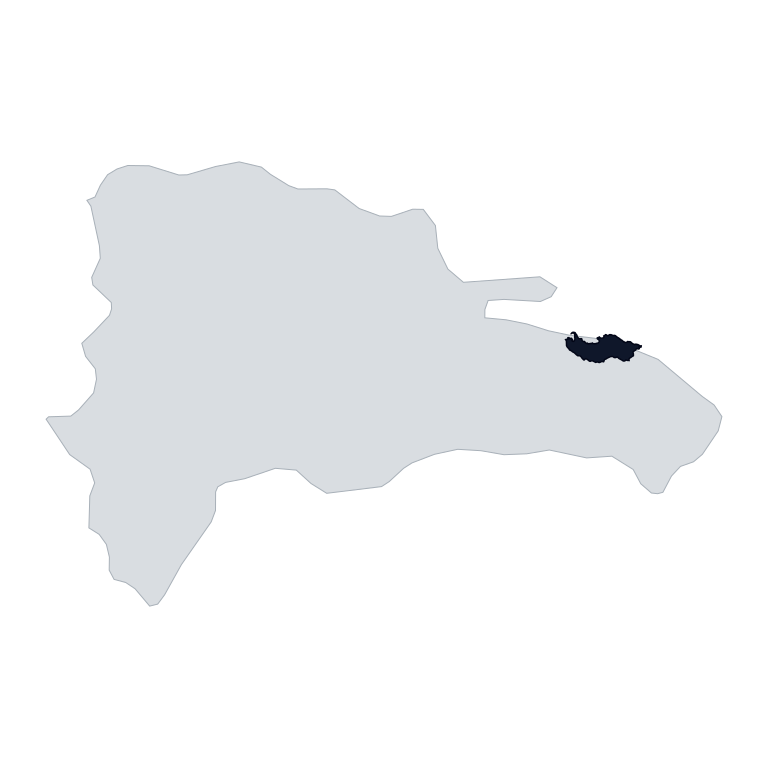 Miches, El Seybo, Dominican Republic shown in context
{"feature_id": "3306468B50398630049357", "entity_name": "Miches", "entity_type": "district", "adm_level": 2, "iso_a3": "DOM", "parent_name": "Dominican Republic", "parent_adm1": "El Seybo", "projection": "mercator", "projection_center": [-69.004, 18.966], "detail": "fine", "context": "in_parent", "style": "filled", "palette": "ink", "viewbox_px": 768, "rotation_deg": 0, "n_neighbors": 0, "source": "geoboundaries", "source_scale": "gbopen_adm2", "svg_char_len": 6771}
<svg xmlns="http://www.w3.org/2000/svg" viewBox="0 0 768 768"><path d="M88.9,527.9L89.8,495.9L94.7,482.9L90.1,469.2L69.7,454.6L57.2,435.8L46.1,419.2L48.6,416.8L70.8,416.1L78.6,409.9L93.6,392.9L96.5,379.2L95.3,368.8L85.6,356.4L81.8,343.3L93.8,331.9L109.5,315.3L111.6,308.9L111.3,302.5L92.9,285.0L91.7,277.4L100.3,258.3L99.4,245.7L90.9,206.2L86.9,200.3L95.0,197.0L100.4,185.2L107.6,174.7L117.0,169.0L127.8,165.5L149.2,165.8L178.8,175.0L187.2,174.8L215.6,166.5L239.2,161.9L261.4,167.1L270.4,174.3L288.7,185.6L297.9,189.0L326.9,188.8L334.8,189.9L359.1,208.5L379.6,216.0L391.4,216.4L412.7,209.2L423.3,209.4L435.4,225.5L437.8,248.3L447.9,269.1L463.4,282.3L539.9,276.8L557.0,287.7L551.2,296.7L540.4,301.5L504.0,299.4L488.1,300.5L484.9,309.5L484.8,317.8L506.1,319.8L527.0,324.0L548.2,330.7L569.8,335.3L594.2,338.2L618.1,343.1L658.1,359.4L702.3,396.5L714.1,405.0L721.9,416.6L718.2,430.9L702.4,454.3L693.5,461.8L680.5,466.4L671.5,476.0L662.9,492.3L657.6,493.7L651.4,493.0L640.8,483.8L633.2,469.5L611.9,456.2L586.6,457.9L549.3,450.0L526.7,453.8L504.0,454.7L480.9,450.7L457.7,449.3L434.5,454.3L412.0,462.9L403.6,468.3L389.2,481.6L381.5,486.6L326.7,493.3L311.0,483.5L296.3,470.1L275.3,468.3L244.7,478.7L225.6,482.4L217.8,486.8L215.6,491.9L215.5,510.5L211.2,521.9L181.4,564.6L164.6,594.8L157.7,604.1L149.7,606.1L135.1,588.8L125.7,582.5L114.1,579.4L109.2,570.2L109.4,557.1L106.4,544.4L99.2,534.4L88.9,527.9Z" fill="#d9dde1" stroke="#a8b0b8" stroke-width="1"/><path d="M641.2,346.0L640.9,346.1L640.4,345.9L640.2,345.8L639.9,345.7L639.6,345.6L639.4,345.4L639.0,345.2L638.8,345.2L638.6,345.1L638.4,344.9L638.1,344.9L638.0,344.6L637.6,344.5L637.1,344.5L636.8,344.3L636.6,344.3L636.4,344.5L636.1,344.5L635.9,344.2L635.4,344.2L635.0,344.4L634.7,344.4L634.4,344.6L634.3,344.4L634.0,344.4L633.9,344.2L633.6,344.2L633.3,344.0L633.2,344.0L632.9,343.8L632.8,343.7L632.4,343.5L632.2,343.3L631.8,343.2L631.4,342.8L631.4,342.7L631.1,342.6L630.9,342.4L630.9,342.2L630.7,342.1L630.5,341.8L630.3,341.8L629.8,341.8L629.6,341.7L628.5,341.7L627.6,341.5L627.3,341.7L627.2,342.1L626.6,342.4L625.1,342.5L624.9,342.3L624.4,342.2L624.0,341.9L623.8,341.9L623.8,341.7L623.4,341.7L623.2,341.4L622.6,340.9L622.3,340.7L622.2,340.6L622.0,340.3L621.5,340.1L621.0,339.8L620.8,339.6L620.5,339.5L620.5,339.4L620.2,339.3L620.1,339.1L619.9,338.9L619.6,338.8L619.5,338.7L619.4,338.7L619.2,338.5L619.1,338.3L618.5,337.9L617.4,337.4L617.1,337.0L616.6,336.7L616.3,336.5L616.2,336.3L615.9,336.1L615.4,335.7L615.0,335.5L614.7,335.4L614.2,335.4L614.1,335.5L613.0,335.5L612.7,335.3L612.1,335.2L611.9,335.0L611.2,334.8L611.0,334.7L610.7,334.7L610.1,334.7L610.1,334.8L609.9,334.8L609.8,334.7L609.5,334.7L609.3,334.8L609.2,334.8L609.1,335.1L608.7,335.4L608.4,335.7L607.8,335.7L607.1,335.5L607.0,335.4L606.9,335.4L606.8,335.1L606.5,334.9L606.1,334.9L605.8,334.7L605.6,334.7L605.5,335.0L605.0,335.3L604.6,335.4L604.1,335.6L604.0,335.8L603.8,336.0L604.0,336.3L604.1,336.6L603.9,336.8L603.9,337.0L603.7,337.5L603.2,337.7L602.9,338.0L602.6,338.1L601.4,338.2L601.0,338.1L600.6,338.1L600.1,337.8L599.9,337.8L599.9,337.6L599.7,337.6L599.5,337.3L599.3,337.0L598.7,337.4L598.6,337.5L598.4,337.5L598.1,337.7L597.9,337.7L597.8,337.9L597.3,337.9L597.2,338.1L597.2,338.3L597.3,338.6L597.5,338.8L597.7,339.0L597.9,339.1L598.0,339.3L598.3,339.4L598.4,339.5L598.5,339.5L598.8,339.9L598.9,340.0L599.1,340.3L599.2,340.6L599.3,340.6L599.4,340.8L599.4,341.3L599.2,341.9L598.9,342.2L598.7,342.4L598.6,342.6L598.4,342.7L598.2,342.9L597.8,343.1L597.3,343.2L597.1,343.3L596.8,343.3L596.7,343.4L596.4,343.4L596.3,343.6L595.9,343.5L595.5,343.7L595.2,343.7L594.5,343.7L594.5,343.8L594.1,343.7L593.5,343.7L592.8,343.5L592.6,343.2L592.5,343.3L592.1,343.2L592.0,343.4L591.7,343.5L590.5,343.5L590.4,343.7L589.0,343.6L588.9,343.7L588.5,343.7L588.5,343.8L588.3,343.9L588.2,343.8L587.9,343.8L587.8,343.6L587.4,343.5L587.2,343.2L586.9,343.5L586.3,343.4L586.2,343.3L585.9,343.2L585.8,342.9L585.5,342.8L585.3,342.6L585.1,342.4L584.9,341.9L584.5,341.5L584.3,341.5L584.2,341.8L583.4,341.5L583.0,341.4L582.8,341.2L582.6,341.2L582.3,341.0L582.1,340.5L582.1,340.2L581.8,339.8L581.9,339.3L581.6,338.7L580.9,338.6L580.5,338.7L580.4,338.9L579.9,338.9L579.7,338.8L579.5,338.7L579.2,338.7L578.9,338.6L578.6,338.6L578.4,338.3L578.4,338.2L578.2,338.0L578.1,337.7L577.8,337.5L577.7,337.2L577.4,336.8L577.3,336.7L577.1,336.3L577.1,336.1L576.9,335.3L576.7,334.9L575.8,333.9L575.7,333.6L575.3,333.1L575.2,332.8L575.0,332.6L574.6,332.5L574.4,332.4L574.1,332.4L573.7,332.3L573.4,332.3L572.9,332.3L572.7,332.4L572.4,332.5L572.0,332.9L571.7,333.0L571.3,333.6L571.6,333.6L571.9,333.2L572.2,333.1L572.7,333.0L573.5,333.0L573.9,333.2L573.9,333.3L574.1,333.5L574.7,334.5L574.7,335.0L574.8,335.4L574.7,335.8L574.7,336.9L574.8,336.9L574.7,337.2L574.9,337.5L574.8,337.9L574.9,338.1L574.9,339.3L574.7,339.9L574.4,340.3L574.3,340.5L574.1,340.6L574.0,341.0L573.9,341.0L573.7,341.2L573.5,341.4L573.1,341.4L572.4,341.2L572.1,340.8L572.1,340.7L571.9,340.6L571.9,340.3L572.0,340.2L572.4,339.9L572.4,339.4L572.0,339.3L571.8,339.3L571.6,338.9L571.4,338.8L571.4,338.7L571.6,338.6L571.4,338.3L571.1,338.3L570.8,338.6L570.5,338.6L570.4,338.4L570.2,338.4L569.8,338.3L569.5,338.5L569.4,338.7L569.1,338.8L568.4,338.9L567.6,339.3L567.3,339.3L566.7,339.5L566.4,339.3L565.6,339.6L566.3,340.7L566.4,341.1L566.5,344.6L566.5,345.3L566.6,345.8L567.3,347.1L568.8,348.7L569.4,349.7L569.6,350.0L571.5,350.9L572.5,351.8L574.3,352.7L576.5,354.8L577.7,355.7L579.7,355.8L580.1,355.9L580.4,356.1L581.1,356.7L581.5,357.5L581.8,357.9L583.3,359.5L583.8,359.9L584.0,360.0L584.3,359.9L585.5,358.8L585.8,358.6L586.1,358.6L586.4,358.8L587.3,359.5L588.0,359.9L589.1,360.9L589.6,361.2L590.3,361.3L591.5,360.8L592.5,360.8L595.7,362.4L596.1,362.3L596.7,362.0L597.2,362.0L597.7,362.0L598.6,362.4L599.5,362.5L600.0,362.3L601.5,361.6L602.0,361.4L602.5,361.5L603.2,361.8L603.5,361.8L603.8,361.6L603.9,360.9L604.4,359.9L604.7,359.5L605.1,359.3L606.0,359.0L607.1,358.2L610.3,356.7L611.1,356.5L612.3,356.5L612.9,356.6L613.3,356.8L614.1,357.5L614.8,357.6L615.7,357.6L616.7,357.1L617.5,357.2L617.9,357.5L619.1,358.6L621.8,360.0L622.8,360.7L623.3,361.0L624.1,361.0L624.8,360.9L625.0,360.8L625.6,360.2L626.0,360.0L627.2,360.4L629.1,360.5L629.0,359.8L629.0,359.3L629.1,358.9L629.4,358.4L629.9,358.0L630.9,357.4L632.2,356.4L633.1,356.0L633.4,355.7L633.4,355.1L633.4,353.9L633.0,352.5L633.0,352.2L633.2,351.8L634.2,350.9L635.1,350.4L635.5,350.1L635.9,349.7L636.3,348.9L636.6,348.6L637.1,348.5L637.8,348.9L638.3,349.0L638.7,348.9L639.1,348.8L639.3,348.5L639.4,348.1L639.0,347.2L639.1,346.6L639.4,346.5L639.6,346.5L640.4,347.1L640.8,347.2L641.0,347.1L641.1,346.9L641.2,346.0ZM568.2,337.6L567.9,337.7L567.8,337.9L567.8,338.0L568.1,338.1L568.9,338.0L568.9,337.9L568.9,337.7L568.5,337.7L568.2,337.6Z" fill="#0f172a" stroke="#020617" stroke-width="1.5"/></svg>